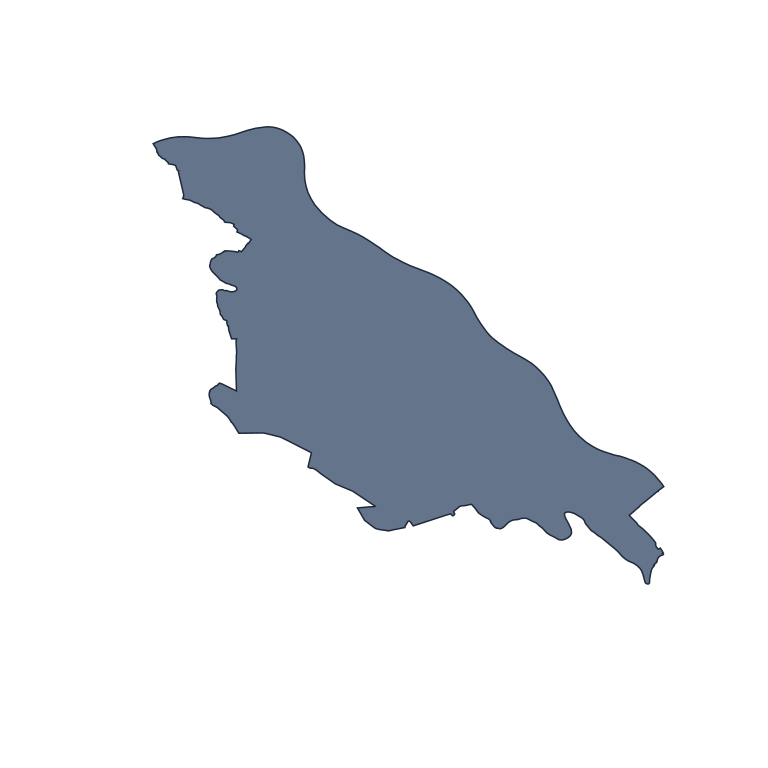 West Betuwe, Gelderland, Netherlands (Robinson projection), rotated 220°
{"feature_id": "6326949B99540716271776", "entity_name": "West Betuwe", "entity_type": "district", "adm_level": 2, "iso_a3": "NLD", "parent_name": "Netherlands", "parent_adm1": "Gelderland", "projection": "robinson", "projection_center": [5.205, 51.87], "detail": "fine", "context": "isolated", "style": "filled", "palette": "slate", "viewbox_px": 768, "rotation_deg": 220, "n_neighbors": 0, "source": "geoboundaries", "source_scale": "gbopen_adm2", "svg_char_len": 6061}
<svg xmlns="http://www.w3.org/2000/svg" viewBox="0 0 768 768"><g transform="rotate(220 384 384)"><path d="M463.4,253.1L445.1,268.8L443.8,269.6L430.2,276.3L429.0,276.8L423.1,278.3L395.4,284.7L388.9,271.6L386.8,271.9L384.4,273.6L383.0,274.1L381.0,274.5L379.1,274.6L374.2,274.7L357.0,276.2L339.0,281.8L312.2,284.7L312.3,284.3L312.7,283.8L313.8,282.7L315.9,280.8L324.7,272.0L311.3,267.1L301.7,267.5L297.8,267.8L294.6,269.2L286.5,274.2L286.4,274.1L285.2,275.5L282.9,278.6L275.9,287.3L275.7,287.5L275.8,287.8L276.5,288.5L276.6,290.1L277.3,294.3L276.9,294.9L276.5,295.2L275.8,295.5L270.4,294.1L252.9,322.2L250.1,326.5L249.6,327.2L246.9,327.2L246.4,327.4L246.2,327.7L246.1,329.0L246.2,329.6L246.3,329.9L246.5,330.1L248.5,330.8L248.7,331.0L247.4,338.5L247.0,339.4L246.5,340.2L243.4,343.3L241.7,345.6L239.6,348.1L233.5,347.2L231.6,346.6L228.7,346.0L224.5,346.3L219.4,347.2L217.3,347.9L215.9,347.9L214.2,347.5L214.3,347.2L213.1,346.6L211.5,346.2L207.7,345.5L205.4,345.7L205.0,345.9L205.1,346.1L202.4,347.5L201.8,347.9L201.0,349.4L200.5,350.8L200.2,352.5L199.8,357.5L199.0,360.2L198.1,362.0L197.1,363.4L194.3,366.2L192.6,369.0L190.0,371.7L189.0,372.5L187.4,373.0L181.8,374.3L178.2,375.4L176.6,375.4L173.9,375.2L170.1,375.4L163.7,374.6L160.4,374.9L155.1,376.2L150.4,377.0L149.4,377.4L147.5,378.8L146.7,379.7L145.7,381.2L144.6,383.5L144.0,385.3L143.8,387.6L144.0,389.0L144.4,390.1L145.7,391.7L147.6,393.2L153.0,395.7L158.1,397.7L159.9,398.6L161.5,399.7L161.9,400.0L162.3,400.8L162.5,401.7L162.4,402.1L161.5,403.6L161.1,404.0L159.7,405.0L157.7,406.1L154.8,407.2L146.5,408.6L145.7,408.6L142.9,408.2L140.3,406.7L138.0,406.2L131.1,404.9L127.3,405.4L122.8,405.4L118.9,406.0L112.8,406.1L104.9,406.1L102.3,406.2L97.3,406.0L90.7,405.0L86.9,405.0L83.3,405.4L77.3,407.2L73.3,407.6L69.3,407.3L67.0,406.6L63.5,404.8L57.4,400.5L56.0,399.7L54.8,399.7L53.4,400.3L52.8,400.9L52.7,402.0L53.1,402.8L54.5,404.5L55.8,406.5L58.2,410.7L59.5,413.3L59.9,414.4L60.1,415.1L60.2,418.7L61.0,418.7L61.1,419.7L60.6,420.8L60.5,421.5L61.0,422.8L60.6,423.0L62.1,426.3L62.3,428.1L61.9,429.9L60.4,432.7L61.5,432.9L61.4,433.3L61.5,433.3L61.2,434.0L64.0,435.1L66.9,435.9L67.7,433.7L70.7,434.3L71.6,434.7L72.5,435.4L73.4,436.6L74.1,437.0L76.9,437.7L81.1,438.4L85.3,438.9L92.8,439.4L98.6,439.2L100.6,439.9L111.7,441.0L110.6,447.5L110.5,448.8L109.5,454.4L109.7,455.1L109.6,456.0L107.9,464.4L105.4,477.8L105.2,477.9L105.3,478.4L105.0,478.4L105.2,479.2L103.7,485.2L107.7,486.3L117.8,488.0L123.2,488.3L128.5,488.2L131.4,487.9L136.4,487.1L142.0,485.9L151.9,482.4L156.8,480.4L161.7,477.7L171.6,473.7L175.1,472.4L178.8,471.4L183.3,470.4L191.5,469.3L200.1,469.4L203.9,469.8L208.8,470.5L217.1,472.7L220.8,474.0L227.7,476.7L235.3,480.4L241.0,483.5L254.5,490.1L257.0,491.0L260.3,492.0L267.0,493.6L271.6,494.2L277.9,494.7L283.9,494.7L291.8,493.7L304.6,491.2L312.8,490.0L323.2,489.1L330.7,488.9L335.2,489.3L339.2,490.0L348.1,492.2L355.7,494.7L363.8,498.0L367.5,499.3L372.3,500.6L382.0,502.4L389.2,502.9L394.9,502.9L398.8,502.6L403.7,502.0L409.5,501.0L415.4,499.6L420.2,498.3L440.2,491.4L449.2,489.0L452.1,488.5L458.2,487.1L462.5,486.5L473.2,485.5L473.3,485.7L486.1,484.3L493.2,483.3L500.5,481.9L509.0,479.5L514.6,477.8L522.3,475.7L530.7,474.9L541.4,475.1L551.9,476.7L558.7,478.9L565.3,481.8L571.1,485.6L575.2,488.9L578.3,492.0L581.3,495.3L583.7,498.5L586.3,501.5L589.4,504.6L592.3,507.3L595.6,509.6L599.7,511.9L602.3,512.9L606.8,514.1L609.3,514.5L612.2,514.9L615.9,514.8L620.4,514.2L623.8,513.6L626.8,512.7L630.3,511.4L633.7,509.6L636.6,507.7L638.7,506.0L640.7,504.0L646.8,497.3L651.8,490.3L658.9,478.8L662.7,473.6L668.4,466.7L672.5,462.7L677.8,458.0L681.2,455.4L692.5,447.8L695.6,445.3L700.7,440.9L705.8,435.3L707.9,432.4L711.8,426.7L713.4,423.8L715.3,419.7L709.5,417.8L706.9,415.7L706.7,416.0L706.3,415.9L705.9,415.4L704.9,415.1L703.9,414.5L701.1,414.5L699.8,414.3L698.4,414.5L696.4,415.3L695.6,415.1L693.7,414.9L692.0,415.1L691.6,414.8L691.0,414.2L690.6,414.1L685.8,416.9L683.9,417.4L682.7,416.6L680.0,415.0L678.8,415.2L678.3,415.4L678.0,414.5L677.3,413.9L659.2,400.3L658.6,399.6L658.0,398.6L657.4,396.6L655.0,397.7L651.4,399.8L648.4,400.7L646.1,401.1L643.0,402.6L641.7,402.9L639.3,403.1L637.4,403.6L634.5,404.0L632.3,405.3L628.6,406.6L623.5,406.4L618.6,406.8L618.1,406.7L617.2,406.3L616.5,406.2L611.8,406.5L610.4,405.6L609.7,405.7L606.0,408.4L605.1,408.9L604.3,409.2L601.4,409.9L600.6,408.2L598.6,408.2L598.0,408.1L595.3,408.1L594.4,405.9L589.7,407.3L586.3,407.7L584.6,408.7L584.0,408.4L583.6,408.7L578.6,409.4L578.2,404.7L578.7,404.6L578.7,401.0L578.6,400.6L578.4,400.3L578.2,399.5L578.3,395.8L578.2,393.8L580.9,392.9L580.5,391.0L582.8,389.9L586.1,387.8L590.8,384.4L590.9,383.5L591.6,383.5L592.6,379.8L593.0,378.6L593.9,377.0L595.4,375.4L595.1,374.8L594.8,373.0L595.2,371.3L596.2,369.4L596.2,368.5L595.8,367.1L595.2,365.6L594.2,364.2L594.0,363.3L593.7,362.7L593.0,362.0L592.0,361.3L589.5,360.2L587.2,359.7L579.3,359.0L576.3,358.4L573.8,359.0L569.7,359.6L567.5,360.8L564.3,361.7L561.1,363.1L560.3,363.2L559.1,363.0L558.2,362.6L557.7,362.2L557.4,361.9L557.3,361.2L557.6,359.9L558.4,358.4L559.7,356.9L560.6,356.3L562.2,355.3L564.6,354.5L565.8,353.2L566.6,352.9L568.3,352.5L570.8,350.0L571.0,349.1L571.1,347.0L571.0,346.1L570.8,345.6L569.8,344.7L568.5,343.9L566.5,341.1L564.6,339.1L562.8,338.2L562.0,337.2L561.4,336.7L557.9,335.1L557.7,335.1L556.5,334.3L554.1,332.1L550.8,331.5L549.2,330.6L548.5,330.5L547.9,330.5L545.5,331.3L544.5,331.4L544.8,331.2L544.6,330.8L543.6,329.7L543.3,329.7L542.9,329.2L542.2,328.8L541.2,328.0L540.6,328.5L537.6,325.5L529.8,320.6L526.0,323.7L526.0,323.4L525.8,323.3L524.3,321.0L517.1,313.4L514.7,309.9L512.8,307.8L507.2,300.3L492.5,283.8L508.6,279.8L510.7,278.8L510.7,277.1L510.8,275.7L511.5,274.7L511.5,274.4L511.8,273.8L512.2,271.2L513.1,269.1L513.2,267.6L513.0,266.8L512.9,266.7L512.6,266.3L512.8,266.2L512.0,264.7L511.2,263.6L510.4,262.7L508.8,261.5L506.7,260.3L504.8,259.0L504.1,257.8L501.5,257.7L496.6,258.8L483.3,258.6L479.7,257.8L476.6,256.7L476.4,256.5L475.9,256.8L471.2,255.6L465.0,253.4L463.9,253.2L463.5,253.3L463.4,253.1Z" fill="#64748b" stroke="#1e293b" stroke-width="1.5"/></g></svg>